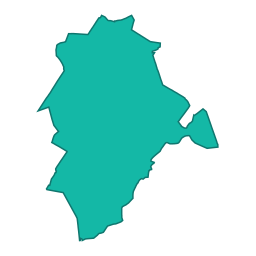 Gepiu, Bihor, Romania
{"feature_id": "2599482B6975521372784", "entity_name": "Gepiu", "entity_type": "district", "adm_level": 2, "iso_a3": "ROU", "parent_name": "Romania", "parent_adm1": "Bihor", "projection": "albers", "projection_center": [21.796, 46.914], "detail": "fine", "context": "isolated", "style": "filled", "palette": "teal", "viewbox_px": 256, "rotation_deg": 0, "n_neighbors": 0, "source": "geoboundaries", "source_scale": "gbopen_adm2", "svg_char_len": 5280}
<svg xmlns="http://www.w3.org/2000/svg" viewBox="0 0 256 256"><path d="M122.7,220.4L122.1,218.6L121.8,217.5L121.8,217.3L121.8,216.8L121.8,215.6L121.7,214.3L121.7,212.9L121.7,211.2L121.7,210.2L121.7,208.1L122.4,206.7L124.2,205.7L125.6,205.0L126.2,204.7L126.9,204.1L127.9,203.4L128.6,202.9L129.4,202.0L130.6,200.7L131.1,200.2L131.8,199.4L132.9,198.4L132.9,195.5L133.0,193.7L133.2,192.2L133.5,191.1L133.8,190.5L134.1,189.8L134.5,189.0L135.0,187.9L135.4,187.2L135.8,186.2L136.5,184.8L137.4,183.3L137.9,183.0L138.7,181.2L139.7,179.8L141.5,178.6L143.1,179.1L145.2,177.4L148.0,177.2L148.1,176.5L148.5,172.9L148.9,170.8L149.4,170.6L149.6,170.0L151.6,169.5L151.5,168.4L151.1,167.9L151.1,167.7L150.7,166.7L151.5,165.2L152.7,164.0L153.4,163.6L153.8,163.4L154.0,163.1L154.0,162.8L154.2,162.4L151.0,161.2L151.0,159.9L151.7,158.8L152.6,157.7L154.4,156.0L156.5,154.2L159.1,152.1L160.2,151.1L160.7,150.0L161.5,148.5L163.0,146.5L164.6,144.2L165.7,142.9L166.2,142.7L166.8,142.6L167.4,142.6L168.4,143.1L170.0,143.8L171.9,143.8L174.4,143.7L177.1,143.4L178.1,143.1L178.9,142.5L179.7,141.4L181.4,138.6L182.0,137.9L182.9,137.3L184.8,136.2L186.2,135.8L187.6,135.7L189.1,135.6L189.6,135.8L191.9,139.9L195.1,143.0L197.8,144.2L203.6,146.8L207.1,148.3L215.2,147.4L217.9,147.1L217.8,144.4L217.2,143.4L216.6,141.3L214.4,135.0L211.7,127.4L211.0,125.3L207.8,116.1L206.2,111.6L203.0,108.9L196.9,113.7L194.1,115.5L193.8,115.2L192.6,120.3L192.4,121.1L191.9,121.7L191.3,122.2L190.7,122.8L189.8,123.1L189.2,123.6L188.8,124.2L188.0,125.2L187.7,125.7L187.2,126.3L186.9,127.5L186.6,127.9L186.0,128.1L185.0,128.1L184.2,127.9L181.3,126.3L181.4,126.0L178.2,121.7L178.6,121.2L180.1,119.1L181.1,117.7L183.0,115.2L183.7,114.3L186.7,110.2L187.7,108.8L187.9,108.6L188.6,107.5L189.3,106.4L189.6,105.8L189.7,105.5L189.0,104.2L188.1,102.2L187.5,101.3L186.7,100.3L185.4,99.2L185.2,98.9L184.9,98.3L184.8,98.0L183.9,97.5L183.8,97.4L183.0,96.8L178.8,94.3L177.8,93.7L177.6,93.5L173.5,91.2L172.8,90.7L171.8,90.1L171.2,89.8L170.2,89.3L168.3,88.2L163.7,85.5L163.1,85.2L162.9,85.1L162.6,84.7L161.8,82.2L161.0,80.0L160.9,79.8L160.3,77.9L158.8,73.2L157.7,70.1L157.2,69.3L156.9,67.9L156.3,66.1L155.9,64.5L155.6,63.7L155.4,62.9L155.2,62.7L154.8,61.4L153.7,58.0L153.5,57.3L153.0,55.7L152.8,55.3L153.4,54.5L154.5,52.7L152.3,52.8L152.3,52.5L152.3,52.1L152.4,51.3L156.6,49.8L158.0,48.9L158.2,47.7L160.1,46.9L160.3,43.1L156.0,42.5L150.2,41.6L149.8,41.3L145.4,38.6L145.2,38.4L144.0,37.7L143.1,37.1L141.0,35.8L139.8,35.0L138.5,34.2L138.1,34.0L134.7,31.8L131.5,29.8L132.8,24.8L133.1,23.5L134.1,20.3L134.1,20.1L134.1,19.9L133.1,18.1L131.6,15.4L131.4,15.5L130.5,15.9L129.7,16.3L128.6,16.8L126.0,18.2L124.4,18.8L122.2,19.7L121.2,20.0L120.2,20.2L119.5,20.2L118.8,20.3L118.1,20.4L117.4,20.5L116.7,20.7L116.0,20.9L115.2,21.0L114.7,21.0L114.6,21.7L112.8,21.3L110.7,20.7L108.9,20.6L108.2,20.5L107.7,20.2L107.1,19.5L106.4,18.6L105.7,17.8L105.2,17.2L104.6,16.8L103.3,16.2L103.0,16.0L102.4,15.8L102.1,15.7L101.8,15.5L101.6,15.4L100.6,17.4L100.3,17.6L99.8,17.9L99.1,17.8L98.8,18.0L97.5,20.0L97.2,20.4L96.8,21.1L96.3,21.7L96.2,21.9L96.0,22.3L94.9,24.0L93.4,26.3L92.9,27.1L92.1,28.2L91.5,29.1L91.1,29.7L91.0,29.9L90.5,30.7L90.2,31.0L89.0,33.0L88.7,33.4L88.0,34.5L87.2,34.5L77.9,33.9L73.1,33.6L68.6,33.7L67.4,36.9L65.6,41.6L65.3,41.8L64.6,42.0L63.8,42.3L62.0,42.6L61.6,42.7L61.0,42.8L60.3,43.0L59.5,43.4L58.7,43.9L58.1,44.2L57.7,44.4L57.3,44.7L57.1,45.0L56.8,45.4L56.7,45.9L56.6,47.1L56.0,49.9L56.3,54.3L56.3,55.3L56.4,55.7L56.6,55.9L56.6,56.0L57.9,57.2L59.3,59.0L60.0,59.9L60.7,61.0L61.8,62.8L62.6,64.3L63.2,65.8L63.7,66.7L63.8,66.9L63.8,67.2L63.7,67.6L63.7,67.9L63.7,68.4L63.7,69.0L63.8,69.4L64.0,70.1L64.1,70.3L64.3,70.7L62.2,73.9L61.8,74.5L60.6,76.3L60.4,76.6L59.6,77.8L59.5,78.0L59.1,78.6L57.3,81.3L55.7,83.9L54.4,86.0L52.3,89.3L51.0,91.5L50.4,92.5L50.2,92.8L48.7,94.9L48.0,96.0L46.2,98.4L38.1,110.9L48.8,107.1L52.0,119.2L53.9,125.4L55.3,127.2L58.5,131.5L58.0,131.9L55.8,133.8L54.7,134.8L54.2,135.5L53.7,136.7L53.1,138.4L52.3,141.2L51.8,142.5L53.5,143.4L55.5,144.6L59.3,146.7L63.1,149.0L64.0,149.5L64.7,150.0L66.3,151.0L67.0,151.4L66.8,152.2L65.7,153.7L63.9,156.4L62.4,158.6L60.4,161.5L58.9,163.8L57.1,166.4L55.7,168.8L55.7,169.0L55.8,169.4L55.7,169.7L55.9,170.5L56.3,171.0L55.9,172.4L55.9,172.5L55.5,172.5L55.2,172.7L54.7,173.9L54.1,175.3L51.4,179.1L50.4,182.9L50.0,184.2L50.0,184.4L49.7,185.4L48.7,185.2L47.3,187.6L46.5,188.9L46.9,189.6L55.0,191.1L61.6,192.3L63.2,192.6L63.5,193.2L73.0,210.5L74.1,212.5L74.4,213.1L74.7,213.6L75.9,215.8L76.9,217.8L77.1,218.1L77.2,218.6L77.3,219.3L77.6,221.8L78.0,225.2L78.2,227.3L78.7,231.5L79.1,235.4L79.6,240.6L79.8,240.6L80.2,240.5L80.3,239.8L80.4,239.2L80.8,238.8L80.8,238.5L81.4,238.8L81.7,238.9L81.9,239.0L82.0,239.2L82.2,240.5L82.8,240.2L84.7,239.3L85.5,238.9L88.4,238.6L89.7,238.5L91.1,238.4L92.3,238.3L93.2,238.2L93.6,238.2L93.8,238.1L94.3,237.7L95.5,236.7L96.5,235.9L97.2,235.3L97.6,234.9L98.4,234.0L98.8,233.6L99.4,233.4L99.9,233.3L100.9,233.1L101.8,232.9L102.6,232.5L103.1,232.4L103.3,232.3L104.0,231.4L106.4,227.7L107.0,226.9L107.3,226.3L107.7,226.0L108.6,225.7L109.2,225.5L111.4,224.8L112.9,224.3L113.5,224.1L113.9,224.1L114.5,224.0L115.0,224.0L115.4,223.9L116.0,223.8L117.0,223.4L118.3,222.9L119.4,222.5L121.0,221.8L121.2,221.7L122.4,220.7L122.7,220.4Z" fill="#14b8a6" stroke="#0f766e" stroke-width="1.5"/></svg>